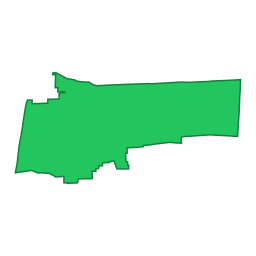 outline of Mexicaltzingo, México, Mexico
{"feature_id": "50627088B85127394964409", "entity_name": "Mexicaltzingo", "entity_type": "district", "adm_level": 2, "iso_a3": "MEX", "parent_name": "Mexico", "parent_adm1": "México", "projection": "albers", "projection_center": [-99.585, 19.21], "detail": "fine", "context": "isolated", "style": "filled", "palette": "green", "viewbox_px": 256, "rotation_deg": 0, "n_neighbors": 0, "source": "geoboundaries", "source_scale": "gbopen_adm2", "svg_char_len": 2259}
<svg xmlns="http://www.w3.org/2000/svg" viewBox="0 0 256 256"><path d="M170.7,142.5L176.0,142.9L181.4,143.2L181.2,137.4L181.6,137.0L182.4,136.8L186.5,136.4L190.4,136.2L194.4,135.9L198.3,135.6L202.2,135.4L206.1,135.1L210.0,134.8L214.0,135.1L217.9,135.3L221.8,135.5L225.7,135.7L229.6,135.9L233.5,136.2L237.6,136.4L237.8,132.4L238.3,124.6L238.8,117.2L239.3,109.4L239.5,103.8L239.7,97.0L240.2,90.3L240.4,84.4L240.6,79.6L239.6,79.8L239.0,79.8L235.0,80.0L231.0,80.2L227.0,80.4L223.0,80.6L219.0,80.7L215.0,80.9L211.0,81.1L211.0,81.3L207.3,81.5L203.5,81.6L199.8,81.8L196.1,82.0L192.4,82.2L188.7,82.4L184.9,82.2L181.1,82.0L176.3,82.3L174.0,82.5L169.6,82.7L165.3,83.0L161.0,83.2L156.6,83.5L152.3,83.7L147.8,83.6L144.9,83.7L140.5,83.9L136.1,84.0L131.4,84.2L126.8,84.3L123.4,84.5L111.2,85.0L96.6,85.7L93.1,84.7L89.0,82.1L87.0,82.1L86.8,82.1L81.6,81.8L81.2,81.8L77.1,81.1L74.3,79.8L67.2,78.7L63.5,76.7L59.7,74.7L55.9,72.7L52.7,73.0L52.6,74.6L55.6,74.7L55.5,79.0L55.3,83.4L55.2,87.7L57.8,87.7L57.8,91.9L64.8,91.8L64.9,92.7L59.8,92.7L59.8,93.9L59.0,93.9L59.1,99.0L55.3,99.1L51.5,99.2L47.8,99.2L47.8,103.2L43.8,103.3L39.9,103.5L36.0,103.6L32.0,103.7L32.2,100.1L27.6,100.0L26.2,103.6L24.9,110.6L24.1,115.8L23.3,121.0L22.6,126.0L22.0,129.7L21.4,133.4L20.9,136.6L20.8,137.4L20.6,138.1L19.7,142.6L19.1,145.8L18.7,149.5L18.5,151.5L17.9,156.7L17.1,163.5L17.0,164.1L16.1,168.9L15.4,172.8L19.5,172.2L23.5,171.6L27.6,171.0L31.7,170.4L37.4,172.9L37.6,173.0L40.4,172.9L41.3,172.8L45.3,173.1L49.2,173.4L52.7,175.2L54.6,176.1L55.5,177.0L59.8,176.7L64.0,176.4L63.9,182.8L67.4,182.9L67.4,183.3L72.4,183.1L77.5,182.9L78.2,178.9L82.1,178.8L86.0,178.7L89.3,178.7L92.4,178.6L92.0,171.3L96.0,171.2L95.8,168.7L98.5,168.6L99.0,165.9L102.6,165.7L102.4,162.9L105.2,162.7L109.4,162.5L109.4,161.8L114.2,161.0L115.0,163.6L116.9,168.9L117.8,168.9L119.7,168.9L123.0,168.9L126.6,168.9L128.7,168.9L128.7,166.1L128.7,165.1L127.7,165.1L127.6,161.7L126.0,161.6L125.9,158.9L125.7,158.9L125.7,155.0L125.7,153.1L127.2,153.1L127.2,152.4L127.1,147.9L131.8,147.6L135.1,147.4L143.1,146.8L143.1,145.5L143.6,145.5L143.8,145.5L145.8,145.3L146.4,145.3L148.5,145.1L149.0,145.0L152.9,144.4L155.8,144.0L161.4,143.3L163.1,143.1L167.0,142.7L170.6,142.3L170.7,142.5Z" fill="#22c55e" stroke="#15803d" stroke-width="1.5"/></svg>